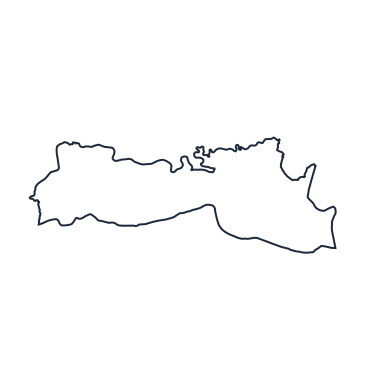 Yarang, Pattani, Thailand (Albers equal-area conic projection), rotated 107°
{"feature_id": "78962969B64545925987472", "entity_name": "Yarang", "entity_type": "district", "adm_level": 2, "iso_a3": "THA", "parent_name": "Thailand", "parent_adm1": "Pattani", "projection": "albers", "projection_center": [101.287, 6.699], "detail": "fine", "context": "isolated", "style": "outline", "palette": "slate", "viewbox_px": 384, "rotation_deg": 107, "n_neighbors": 0, "source": "geoboundaries", "source_scale": "gbopen_adm2", "svg_char_len": 6056}
<svg xmlns="http://www.w3.org/2000/svg" viewBox="0 0 384 384"><g transform="rotate(107 192 192)"><path d="M160.3,209.9L161.8,211.9L162.1,212.1L162.9,212.1L164.8,211.8L165.5,211.5L167.6,209.3L168.6,208.7L169.3,208.6L170.6,208.7L172.1,209.4L173.3,210.7L174.6,212.7L175.4,213.3L177.2,214.2L178.2,215.2L178.5,215.6L178.6,217.2L178.3,218.0L178.0,218.2L177.2,218.6L173.7,219.1L172.4,219.7L171.6,220.6L170.9,221.8L169.9,225.4L169.6,228.1L169.8,229.4L170.2,230.4L170.8,231.7L172.6,234.4L176.5,238.5L177.2,239.8L179.9,246.7L180.2,248.5L180.3,249.5L179.9,255.1L179.6,256.7L178.7,258.7L178.5,260.4L178.6,261.2L178.8,262.0L181.8,269.1L184.2,272.9L184.6,274.2L184.5,275.7L184.0,276.7L183.3,277.6L182.3,277.9L181.6,277.9L178.6,277.6L176.5,277.8L175.7,278.1L174.9,278.5L173.8,279.6L173.2,280.7L173.1,281.8L174.3,288.5L174.4,290.2L174.1,293.3L174.1,295.1L174.8,296.6L176.5,299.1L178.0,300.8L178.4,302.0L178.5,303.1L179.4,306.9L180.5,308.3L180.9,309.1L181.2,310.4L181.1,311.7L180.4,313.0L180.0,313.4L178.9,314.1L178.7,314.6L178.8,316.7L179.1,317.0L179.6,317.3L179.0,318.7L179.4,319.5L179.3,320.2L179.4,320.3L180.4,320.0L181.3,320.3L181.5,321.5L182.1,322.0L182.5,322.8L181.5,325.3L181.5,328.2L181.9,328.8L183.2,330.0L185.0,332.4L186.6,333.6L188.0,334.3L189.4,334.2L190.5,334.0L194.5,332.7L200.3,329.8L207.8,326.3L209.2,326.4L210.1,326.7L211.0,327.8L213.0,330.7L214.1,332.6L215.9,333.6L220.9,335.7L222.9,336.8L225.7,339.2L229.0,341.7L231.4,342.7L232.6,343.0L233.9,343.0L235.0,342.6L235.7,342.5L238.0,342.7L239.6,341.9L240.7,341.9L241.4,342.2L242.5,343.1L243.2,344.6L243.9,344.8L244.5,345.4L244.9,345.5L245.1,345.3L245.5,344.9L245.5,343.7L245.2,342.5L245.6,341.2L246.3,340.5L246.3,339.1L245.5,338.5L245.1,338.0L245.3,336.7L246.0,336.1L246.1,335.6L246.2,335.4L246.8,335.4L247.0,335.8L247.6,335.4L248.5,335.5L248.9,335.4L253.9,332.2L255.0,332.2L255.4,332.0L256.3,331.4L256.5,330.9L257.3,330.6L258.7,330.3L259.1,330.6L259.5,330.6L260.3,330.3L261.9,330.2L262.4,329.9L263.7,330.0L264.8,329.9L266.2,329.1L267.9,329.1L267.5,328.3L265.4,325.5L263.1,323.0L261.6,321.3L260.1,319.0L258.2,315.5L257.8,313.9L257.7,312.9L258.3,311.7L259.5,310.4L260.6,309.7L261.7,308.1L262.0,306.8L261.0,303.4L258.8,298.9L257.5,297.5L255.0,296.5L250.9,295.3L250.4,294.6L250.7,292.3L249.8,290.2L248.5,288.7L246.8,287.4L244.8,285.2L243.4,283.6L242.9,282.5L243.2,281.0L243.8,279.3L244.8,276.6L246.3,274.1L246.6,272.8L246.5,271.8L246.2,270.8L245.8,262.5L245.0,260.8L244.3,258.5L244.3,256.7L245.3,253.4L245.2,251.2L243.8,246.1L241.3,238.3L241.1,236.2L240.7,235.2L240.1,234.3L238.6,233.1L236.4,227.3L234.8,224.9L232.0,220.6L229.1,215.5L225.9,208.9L223.2,204.7L221.3,202.0L216.3,197.9L215.8,197.0L214.1,193.3L212.7,191.6L210.7,188.2L208.6,185.6L207.9,184.1L205.1,179.9L203.4,178.0L202.1,177.0L200.3,174.9L199.4,172.8L198.9,169.3L198.9,168.1L199.9,166.3L201.3,165.2L204.4,163.8L210.2,160.5L215.9,156.6L218.8,152.7L220.2,149.5L220.9,147.1L221.4,144.9L222.4,134.9L222.3,131.2L220.9,127.1L220.7,125.5L219.1,122.0L217.7,119.4L216.9,116.2L217.9,99.9L218.4,90.3L218.0,82.7L218.3,81.8L218.5,81.4L218.3,74.9L217.6,71.2L217.7,70.5L217.3,67.5L216.2,63.4L215.1,61.2L214.6,59.4L213.4,58.0L212.2,57.6L211.3,57.0L208.8,54.8L205.9,52.7L205.2,49.9L204.6,41.8L204.3,41.0L203.7,38.5L202.0,39.3L189.6,46.0L186.9,47.3L184.5,48.1L182.5,48.5L179.6,49.5L173.6,49.1L170.9,48.5L169.9,48.6L167.8,49.2L166.3,50.0L165.3,51.0L164.8,52.3L165.0,53.1L167.4,56.1L171.3,60.0L171.9,62.5L172.0,64.6L171.3,68.0L169.5,70.7L168.4,71.5L166.9,73.5L164.4,78.3L163.2,79.8L162.1,80.1L159.4,80.4L155.4,81.0L145.1,81.3L130.9,81.5L131.0,81.9L130.9,82.4L129.8,83.0L129.8,83.5L131.4,85.8L132.6,86.5L133.7,87.3L134.4,87.6L135.0,88.8L135.6,88.9L138.9,88.8L142.0,89.4L142.8,89.4L143.2,89.3L144.0,88.6L144.3,88.5L144.8,88.8L145.5,91.5L146.2,92.7L148.2,94.1L149.3,94.1L149.5,94.2L150.4,97.8L151.3,99.3L150.2,102.8L148.9,105.9L146.8,109.2L145.2,110.8L145.0,111.6L144.7,111.6L141.8,114.5L140.0,114.8L139.0,115.2L137.7,115.0L136.5,115.3L132.9,115.1L132.8,115.6L132.6,115.7L131.4,115.2L131.1,116.1L130.9,116.2L129.7,115.9L129.2,115.4L127.7,117.3L127.5,121.1L127.1,122.8L126.7,122.9L123.8,122.9L122.5,123.5L120.6,123.8L120.3,123.7L120.0,123.0L119.8,122.9L118.6,123.7L117.7,123.8L117.0,123.4L116.3,123.8L117.4,125.5L117.4,126.0L116.2,128.7L116.1,129.9L118.1,131.8L119.8,136.7L120.4,137.4L121.2,137.8L124.3,138.7L124.8,139.9L124.8,142.0L125.1,143.0L125.7,143.6L127.9,144.2L129.0,145.1L129.5,146.1L129.9,148.3L130.5,149.6L131.0,150.0L134.0,151.4L135.2,152.8L135.5,153.4L135.5,154.3L135.4,155.5L134.7,158.1L134.7,158.6L134.9,158.9L135.3,159.3L135.7,159.3L136.1,159.0L136.7,157.8L137.2,157.7L137.6,158.1L137.7,158.5L137.2,159.7L134.8,160.7L133.9,161.4L133.6,162.0L133.8,162.7L134.4,163.3L135.5,163.4L136.7,163.0L137.9,162.0L138.3,161.8L139.9,162.0L140.4,162.4L140.3,163.8L139.5,165.8L139.4,167.4L139.7,168.8L141.4,171.2L141.6,172.0L141.8,176.3L142.1,178.0L142.7,179.3L144.3,181.2L147.3,182.7L147.8,183.2L148.0,183.6L148.0,184.2L147.8,184.6L146.2,185.9L146.0,186.5L146.1,187.0L146.4,187.3L146.9,187.5L148.2,186.9L149.5,186.6L151.6,186.9L152.8,185.8L153.0,185.8L153.5,186.5L153.4,187.1L152.1,188.6L153.2,191.1L153.1,192.1L152.7,192.3L151.9,192.6L150.2,192.3L149.7,192.4L148.9,193.1L148.1,193.6L146.0,194.1L145.7,194.4L145.5,195.2L145.7,195.9L145.9,196.2L147.0,196.8L147.4,197.2L147.5,199.6L147.8,200.3L148.6,200.6L149.3,200.3L149.8,199.4L150.4,197.7L150.8,197.3L151.3,197.0L151.8,197.1L152.2,197.4L152.8,200.0L153.3,200.6L153.8,200.9L154.7,201.1L155.8,200.9L156.7,200.4L157.4,199.7L157.7,199.1L157.9,198.0L156.9,194.7L156.8,193.3L157.1,191.9L157.8,190.7L158.0,190.4L158.5,190.3L160.2,190.2L160.9,190.5L162.2,191.6L162.6,191.7L163.0,191.6L163.6,191.0L164.1,189.9L164.1,188.9L163.7,185.5L163.3,184.0L163.3,183.2L163.5,182.4L163.5,180.1L162.9,177.5L163.3,177.1L163.7,177.0L166.9,177.7L167.8,181.0L167.8,182.0L167.4,183.8L167.3,185.1L167.6,188.4L168.1,190.5L169.1,193.1L169.9,196.4L171.2,198.6L171.2,198.9L171.0,199.1L169.8,198.9L168.9,198.9L167.6,199.4L166.9,200.2L165.0,203.4L162.8,205.2L160.3,206.7L159.9,207.4L160.3,209.9Z" fill="none" stroke="#1e293b" stroke-width="2"/></g></svg>